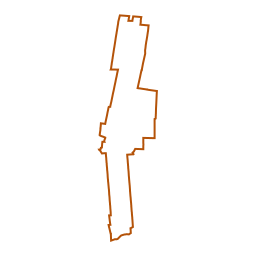 Cuza Voda, Calarasi, Romania (Robinson projection)
{"feature_id": "2599482B12109110667072", "entity_name": "Cuza Voda", "entity_type": "district", "adm_level": 2, "iso_a3": "ROU", "parent_name": "Romania", "parent_adm1": "Calarasi", "projection": "robinson", "projection_center": [27.269, 44.268], "detail": "fine", "context": "isolated", "style": "outline", "palette": "amber", "viewbox_px": 256, "rotation_deg": 0, "n_neighbors": 0, "source": "geoboundaries", "source_scale": "gbopen_adm2", "svg_char_len": 4940}
<svg xmlns="http://www.w3.org/2000/svg" viewBox="0 0 256 256"><path d="M156.9,91.0L156.0,90.9L154.6,90.7L150.3,90.1L148.3,89.8L147.7,89.7L147.4,89.6L147.2,89.6L147.0,89.4L146.8,89.5L146.7,89.5L145.1,89.2L144.3,89.1L142.3,88.8L141.1,88.6L139.8,88.4L138.7,88.3L137.6,88.1L140.2,76.3L140.2,76.2L140.9,72.9L141.5,70.2L141.8,70.2L142.1,68.2L143.0,63.4L144.8,55.4L145.2,53.7L145.1,50.3L145.1,50.2L145.2,49.6L145.4,48.4L145.5,47.6L145.6,46.6L145.8,44.7L146.0,43.7L146.2,42.1L146.6,40.0L147.2,36.4L147.4,35.1L147.5,34.2L147.7,33.1L147.8,32.1L148.0,31.3L148.1,30.2L148.2,29.1L148.3,28.4L148.4,27.0L148.5,26.2L148.6,25.4L147.4,25.3L145.9,25.2L144.7,25.1L144.1,25.0L142.9,24.9L142.1,24.9L141.3,24.8L140.8,24.7L140.4,24.7L140.6,23.3L140.7,22.4L140.8,21.8L140.8,21.3L140.8,21.2L140.7,21.0L140.7,20.9L140.8,20.2L140.9,19.3L141.0,18.6L141.2,17.5L141.3,17.1L139.6,16.9L138.4,16.8L134.7,16.5L133.2,16.4L133.0,17.6L132.7,18.8L132.5,20.0L132.4,20.9L131.3,20.9L130.4,20.9L129.3,20.8L128.4,20.8L128.6,19.8L128.7,18.9L129.0,17.5L129.1,16.6L129.2,16.1L124.2,15.7L119.9,15.4L119.5,16.8L119.1,18.5L118.5,20.8L118.3,21.7L118.2,22.5L118.1,23.6L117.7,25.9L117.5,27.1L117.4,27.9L117.2,28.9L117.1,29.7L117.0,30.3L116.8,31.5L116.6,32.4L116.6,32.9L116.4,33.9L115.8,37.5L115.1,42.2L114.3,47.3L114.0,48.9L113.8,50.3L113.5,52.2L113.5,52.5L113.3,53.4L113.2,54.1L113.0,55.6L112.7,57.3L112.6,58.3L112.5,58.8L112.4,59.3L112.3,60.1L112.2,61.0L112.0,61.9L111.9,62.4L111.8,63.3L111.7,63.7L111.7,64.2L111.5,65.2L111.4,66.1L111.3,66.6L111.2,67.4L111.1,68.1L111.0,68.5L110.9,69.3L110.8,69.5L118.0,69.6L117.1,73.7L116.6,76.4L116.0,79.0L115.4,82.1L114.6,85.8L113.7,90.3L112.9,93.8L112.4,96.4L112.0,98.3L111.6,100.3L111.3,101.8L110.9,103.4L110.2,106.6L110.2,106.8L109.3,106.9L109.0,106.9L108.8,106.9L108.7,107.0L108.6,107.3L108.3,108.7L108.1,109.9L107.8,111.2L107.5,112.6L107.3,113.7L107.0,115.3L106.5,117.6L105.7,121.3L105.2,123.9L100.9,123.3L100.7,126.2L100.4,128.5L100.5,128.7L100.4,129.2L100.4,129.9L100.2,131.3L99.9,133.1L99.8,134.3L99.7,134.4L99.7,135.2L99.7,135.3L101.0,136.0L103.1,136.7L105.3,137.6L105.3,137.9L104.9,138.9L104.4,140.2L104.4,140.3L104.2,141.4L104.2,141.5L104.3,141.6L104.4,141.8L102.4,141.8L102.2,143.3L102.1,144.8L102.0,145.9L101.9,147.5L101.2,147.7L100.9,147.8L100.8,148.4L100.8,148.8L99.3,149.7L99.1,149.7L99.2,149.9L99.7,150.3L100.0,150.2L100.3,150.6L100.7,151.5L101.2,152.3L102.0,153.5L102.4,153.4L104.6,153.2L105.7,153.2L105.8,153.2L105.9,154.3L106.0,156.0L106.2,157.6L106.3,159.0L106.3,159.6L106.4,160.4L106.5,161.9L106.5,162.3L106.7,163.4L106.7,164.3L106.8,165.5L106.9,166.7L107.0,167.5L107.1,168.7L107.1,169.3L107.2,170.4L107.3,171.1L107.6,174.6L107.7,176.8L107.9,179.2L108.0,179.7L108.1,181.7L108.2,182.2L108.6,186.5L108.8,188.7L108.9,189.3L109.1,192.3L109.2,194.3L109.3,195.3L109.5,197.1L109.7,200.5L110.0,203.6L110.0,204.3L110.2,205.9L110.3,207.7L110.3,208.0L110.6,211.4L110.7,213.1L110.7,214.2L110.8,215.3L109.1,215.4L109.6,219.4L110.1,223.3L110.4,224.8L108.6,225.0L109.2,227.7L109.3,227.9L110.7,233.9L110.9,233.9L110.9,235.5L111.1,240.6L111.4,240.5L114.7,239.3L114.9,239.2L115.1,239.2L116.3,239.3L117.6,239.0L118.6,238.0L119.9,236.7L121.0,235.6L121.7,235.3L123.4,234.8L124.4,234.5L125.7,234.4L126.5,234.2L127.0,234.2L127.9,234.3L128.6,234.3L128.9,234.4L129.4,234.0L130.5,233.3L130.8,233.1L130.6,229.1L130.5,228.9L130.7,228.4L130.6,228.2L131.8,227.6L132.9,227.0L132.4,219.5L132.3,218.9L132.3,218.1L132.2,216.9L132.1,216.1L132.1,215.8L132.0,215.0L132.0,214.5L131.9,214.0L131.9,213.6L131.9,213.3L131.8,212.0L131.7,211.6L131.6,210.2L131.5,209.3L131.5,208.7L131.4,207.9L131.4,207.3L131.4,207.0L131.3,206.8L131.3,205.6L131.2,204.6L131.1,203.1L131.0,202.2L130.9,200.9L130.8,200.0L130.7,198.9L130.7,198.4L130.6,197.5L130.4,195.6L130.3,194.3L130.2,193.1L130.1,191.6L130.0,191.2L130.0,189.8L129.7,185.5L129.6,184.7L129.5,183.4L129.4,182.6L129.3,181.3L129.1,179.2L129.0,177.6L128.8,175.6L128.7,173.7L128.6,172.4L128.6,171.8L128.5,171.1L128.4,169.8L128.2,167.9L128.2,166.8L128.1,166.0L128.0,164.8L128.0,164.1L127.9,163.5L127.8,162.6L127.8,161.8L127.7,161.4L127.7,161.2L127.7,160.8L127.6,159.5L127.4,157.6L127.3,156.5L127.2,154.7L132.7,154.3L133.2,154.3L133.4,154.3L133.5,154.2L132.6,152.6L133.8,151.6L135.2,148.9L143.3,149.2L143.3,148.3L143.3,147.3L143.3,145.9L143.4,144.9L143.4,144.0L143.3,143.3L143.3,142.5L143.3,141.9L143.3,141.4L143.3,140.7L143.3,139.8L143.3,139.6L143.3,138.5L143.3,137.9L152.0,138.1L154.6,138.1L154.6,137.3L154.6,135.0L154.6,134.7L154.6,133.7L154.6,131.7L154.6,129.6L154.6,127.4L154.6,126.6L154.6,125.8L154.6,124.9L154.6,124.5L154.6,123.8L154.6,123.2L154.6,122.8L154.6,122.5L154.6,122.1L154.6,121.5L154.6,121.2L154.6,120.8L154.6,120.4L154.6,120.2L154.6,119.9L154.6,119.6L154.6,119.0L155.5,118.7L155.7,118.3L155.7,117.9L155.7,117.5L155.7,117.0L155.7,116.6L155.8,115.8L155.8,115.7L155.8,115.3L155.8,115.1L155.8,114.6L155.9,113.6L155.9,112.9L156.0,108.9L156.3,103.1L156.7,94.2L156.9,91.0Z" fill="none" stroke="#b45309" stroke-width="2"/></svg>